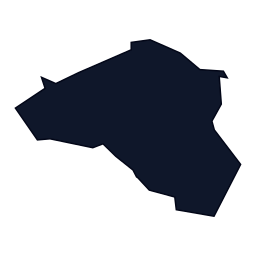 Clarke, Georgia, United States of America
{"feature_id": "52423323B53340239927220", "entity_name": "Clarke", "entity_type": "district", "adm_level": 2, "iso_a3": "USA", "parent_name": "United States of America", "parent_adm1": "Georgia", "projection": "albers", "projection_center": [-83.367, 33.944], "detail": "fine", "context": "isolated", "style": "filled", "palette": "ink", "viewbox_px": 256, "rotation_deg": 0, "n_neighbors": 0, "source": "geoboundaries", "source_scale": "gbopen_adm2", "svg_char_len": 483}
<svg xmlns="http://www.w3.org/2000/svg" viewBox="0 0 256 256"><path d="M150.1,39.8L131.2,42.4L131.2,49.8L78.7,72.6L55.8,83.6L41.5,77.3L45.1,88.3L15.4,108.1L37.4,139.9L50.0,138.8L92.8,147.7L103.0,143.8L115.8,156.3L133.0,170.0L136.6,177.0L137.4,177.3L149.3,190.1L174.8,197.0L176.3,209.7L214.0,216.2L238.8,168.0L240.6,164.4L214.3,129.9L211.9,121.1L221.3,104.1L219.2,76.4L227.2,77.8L223.4,71.2L199.9,69.6L180.3,53.1L150.1,39.8Z" fill="#0f172a" stroke="#020617" stroke-width="1.5"/></svg>